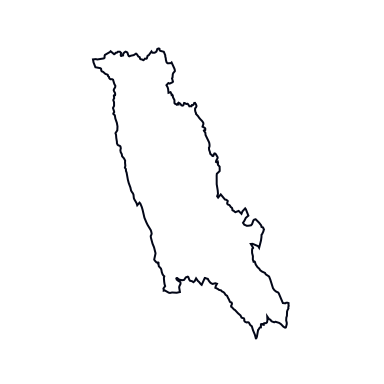 the district of Manjakandriana, Analamanga, Madagascar, rotated 162°
{"feature_id": "10022922B50774823120221", "entity_name": "Manjakandriana", "entity_type": "district", "adm_level": 2, "iso_a3": "MDG", "parent_name": "Madagascar", "parent_adm1": "Analamanga", "projection": "equal_earth", "projection_center": [47.79, -18.821], "detail": "fine", "context": "isolated", "style": "outline", "palette": "ink", "viewbox_px": 384, "rotation_deg": 162, "n_neighbors": 0, "source": "geoboundaries", "source_scale": "gbopen_adm2", "svg_char_len": 6066}
<svg xmlns="http://www.w3.org/2000/svg" viewBox="0 0 384 384"><g transform="rotate(162 192 192)"><path d="M171.4,321.5L172.3,321.1L175.3,321.9L175.8,322.5L176.1,323.4L176.0,325.7L175.6,327.5L175.6,328.8L175.2,330.4L175.5,334.1L178.6,336.1L179.0,337.3L178.7,338.3L179.2,338.8L180.7,338.8L182.5,336.5L184.4,336.0L186.4,336.6L186.8,337.0L187.1,338.2L190.8,335.5L192.1,335.3L193.7,333.0L194.5,332.9L195.5,333.4L197.0,332.5L197.6,332.4L198.7,333.6L199.5,333.9L200.2,334.7L200.1,336.4L201.2,337.5L201.8,339.9L202.5,340.9L205.1,340.2L208.0,340.5L209.7,340.4L210.1,340.8L210.3,341.6L210.4,344.6L210.9,345.3L211.8,346.0L213.1,345.7L214.5,344.9L214.9,344.4L215.2,343.4L215.6,343.1L216.3,343.4L217.2,343.2L217.5,343.4L217.5,344.2L216.5,346.3L217.3,347.7L219.2,348.3L220.5,347.7L221.6,348.0L223.0,347.1L223.5,347.1L225.9,351.0L226.8,350.5L232.4,349.3L233.0,348.6L233.7,346.7L234.6,346.3L241.1,347.3L242.4,348.1L245.2,348.7L245.6,345.7L245.3,340.5L241.1,338.2L240.6,337.7L240.4,337.2L240.7,335.8L240.6,334.7L239.4,333.7L237.9,331.1L236.1,329.7L235.9,329.4L236.0,328.0L235.4,327.2L235.5,325.8L235.1,324.9L234.6,324.4L233.2,324.0L232.4,323.2L232.5,318.9L232.1,316.6L232.7,315.4L234.5,313.8L235.0,313.0L235.0,312.0L234.6,309.8L235.0,308.3L235.3,307.8L236.4,308.0L236.6,307.7L237.0,305.3L238.3,304.0L238.5,303.5L238.4,301.5L239.5,298.0L241.2,296.3L241.2,292.6L241.4,291.9L242.5,291.1L242.7,290.6L241.7,288.8L242.2,285.6L242.1,281.0L242.6,277.4L244.0,273.7L246.6,271.6L246.6,269.8L247.3,266.9L247.9,262.9L248.3,261.7L248.2,260.0L247.7,259.2L246.4,258.2L246.0,257.4L246.2,255.6L247.2,253.9L247.5,251.8L247.1,249.9L247.4,247.5L246.3,245.0L245.9,242.5L246.6,240.7L247.3,237.5L248.3,235.9L247.8,234.2L248.3,232.4L248.2,230.7L249.2,223.5L249.4,220.1L249.2,215.2L249.5,212.2L249.1,210.4L248.6,208.9L248.5,207.5L249.2,204.1L249.1,202.8L248.2,198.7L248.2,196.3L245.2,198.1L244.7,196.8L244.4,193.1L244.5,190.2L245.2,182.2L244.8,177.3L244.4,174.4L243.0,168.4L243.0,167.1L243.2,165.0L243.7,164.1L244.9,162.8L245.2,161.1L245.5,155.1L245.2,151.1L245.6,145.2L245.8,144.6L248.8,139.5L248.7,138.6L247.6,136.1L247.1,135.7L246.0,135.5L245.7,135.1L245.8,134.6L246.4,134.1L246.2,133.4L246.5,131.6L245.2,128.8L245.2,127.4L245.5,125.0L245.4,122.7L245.0,121.4L244.4,120.4L245.3,119.0L246.2,115.2L246.6,112.7L246.6,110.8L248.8,109.2L249.1,108.8L249.0,107.9L249.4,106.9L248.2,106.7L245.2,103.4L244.1,102.8L242.0,102.6L237.7,100.9L234.4,100.6L233.7,105.2L233.2,106.2L231.3,108.2L231.0,109.3L230.9,109.8L231.4,110.6L232.2,111.3L233.6,113.4L233.6,114.7L233.1,114.9L232.7,114.8L231.4,112.8L229.9,111.8L228.1,111.0L226.6,110.9L224.3,112.7L222.2,112.8L221.8,112.3L221.7,109.5L221.3,108.2L219.6,107.2L218.5,105.8L216.9,106.5L214.8,108.6L213.9,105.6L213.1,104.3L212.0,101.4L211.5,100.7L206.4,106.3L205.9,106.1L205.1,105.3L203.8,104.5L203.5,102.6L202.6,100.1L201.8,99.1L200.8,98.2L198.0,98.0L196.6,97.0L198.4,95.3L199.4,93.7L197.5,91.9L196.5,90.5L194.8,89.5L194.3,88.3L192.9,86.9L192.3,85.7L191.9,83.9L190.7,82.4L190.5,80.3L190.1,78.5L189.9,76.0L189.6,75.4L188.6,74.8L188.4,73.8L188.9,72.7L190.1,71.5L190.1,70.7L189.9,70.6L188.3,67.2L187.6,66.5L185.7,62.4L184.0,59.6L183.7,57.2L181.7,55.8L181.6,54.8L182.1,53.4L181.6,52.1L180.3,51.0L179.2,50.9L178.5,50.5L178.2,49.9L177.7,47.4L176.6,45.8L176.7,41.7L176.3,36.9L176.5,33.1L176.1,33.0L175.0,34.3L171.8,40.3L171.6,40.3L169.6,42.0L169.0,42.2L168.3,42.0L167.3,44.9L166.9,45.0L165.9,44.7L165.5,43.8L164.8,43.5L164.2,44.8L163.3,44.8L162.3,44.4L161.0,44.8L159.9,46.7L158.9,50.4L158.0,47.3L156.9,46.3L156.5,44.9L156.1,44.3L154.1,42.7L152.7,42.8L149.6,40.6L148.2,38.8L146.7,35.7L145.5,34.3L144.9,34.1L144.5,34.3L142.7,37.1L142.3,38.4L142.1,40.8L141.1,43.4L140.0,44.9L138.5,49.0L137.6,50.2L136.3,51.4L136.0,52.8L135.2,53.8L135.2,54.6L134.5,56.5L135.4,57.2L136.6,57.6L137.7,57.3L139.9,58.3L140.8,68.9L141.2,69.9L142.7,71.2L144.0,73.2L144.7,75.5L144.6,84.4L144.8,87.8L147.3,90.9L147.6,92.5L150.0,94.7L151.3,96.5L151.8,98.4L152.9,100.2L153.8,103.3L153.8,106.3L154.3,106.8L155.0,106.7L155.0,109.0L153.9,112.2L153.7,115.4L152.8,118.3L152.1,119.5L151.2,119.8L151.1,120.1L152.1,124.4L150.4,124.0L145.8,120.0L145.4,118.2L141.4,124.5L139.9,127.6L139.1,129.8L138.1,130.5L136.2,132.6L135.5,133.9L135.2,134.0L135.2,134.6L135.4,136.3L136.7,137.3L136.5,138.8L137.7,142.1L139.9,146.4L141.3,146.5L142.4,146.0L144.8,142.9L146.1,142.1L148.3,142.4L150.3,142.9L152.4,144.8L153.0,146.9L150.9,148.6L148.8,150.8L145.7,152.1L146.1,158.8L146.5,160.0L150.0,158.0L151.7,156.0L153.5,159.6L157.0,159.4L157.7,160.3L158.1,161.2L159.0,161.9L159.2,162.3L158.9,163.3L158.9,164.5L159.8,165.8L160.2,167.5L160.6,168.1L161.8,169.1L162.1,169.9L162.0,170.6L160.9,172.1L160.8,172.5L161.7,173.9L163.0,174.7L165.4,180.8L168.9,178.6L169.4,180.2L167.9,182.1L167.1,185.3L166.1,191.8L163.4,200.2L162.7,201.7L159.3,203.3L158.9,204.2L157.9,207.6L158.9,209.8L158.7,210.9L158.2,211.6L158.1,212.9L159.3,212.6L159.9,213.2L159.3,214.3L157.3,216.2L156.9,217.1L157.6,220.4L158.0,221.3L158.5,221.7L158.9,221.7L160.5,219.8L161.0,219.7L161.5,220.0L161.9,221.5L162.5,221.9L162.8,222.7L162.6,224.5L162.7,226.8L162.2,228.9L161.6,229.4L161.1,230.3L160.6,232.1L160.4,233.9L161.5,242.0L161.0,244.4L161.6,246.0L161.7,246.8L161.2,247.0L160.8,246.7L160.3,246.8L159.8,248.0L159.9,248.7L160.4,249.4L161.8,250.9L160.1,253.2L159.9,254.5L160.4,256.2L161.6,258.7L162.4,260.7L162.7,262.0L164.1,265.1L163.8,265.7L164.0,267.2L163.8,268.8L163.2,270.6L162.0,271.3L161.2,272.3L161.1,273.1L161.3,274.8L161.6,275.1L161.6,275.8L162.3,276.0L163.6,274.6L164.2,274.4L165.3,274.7L166.0,273.7L166.3,273.7L166.9,274.1L168.0,274.3L168.6,276.7L169.0,277.3L170.3,277.5L171.5,278.9L172.0,279.1L173.2,277.4L174.1,277.0L175.2,277.6L176.0,279.8L177.2,281.1L178.4,280.4L178.5,280.0L178.3,279.5L179.6,279.7L179.9,280.3L180.9,281.2L181.2,282.0L180.3,284.9L180.8,287.9L180.5,289.8L180.7,290.5L181.4,290.5L181.3,291.9L181.6,293.6L183.7,293.6L182.9,297.2L182.8,299.0L183.3,301.5L180.8,302.9L179.7,302.0L176.6,302.4L176.0,302.8L175.9,306.3L175.2,306.8L173.9,309.9L173.1,310.9L171.0,312.2L170.7,313.1L170.6,314.7L171.4,321.5Z" fill="none" stroke="#020617" stroke-width="2"/></g></svg>